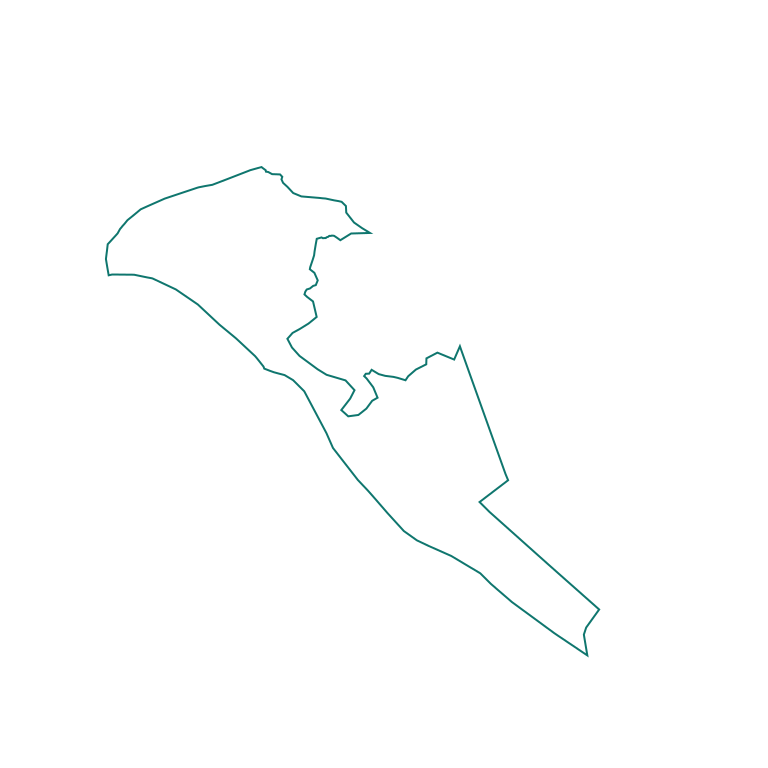 the district of Takum, Taraba, Nigeria, rotated 299°
{"feature_id": "59680162B27926848768432", "entity_name": "Takum", "entity_type": "district", "adm_level": 2, "iso_a3": "NGA", "parent_name": "Nigeria", "parent_adm1": "Taraba", "projection": "equal_earth", "projection_center": [9.974, 7.054], "detail": "fine", "context": "isolated", "style": "outline", "palette": "teal", "viewbox_px": 768, "rotation_deg": 299, "n_neighbors": 0, "source": "geoboundaries", "source_scale": "gbopen_adm2", "svg_char_len": 2375}
<svg xmlns="http://www.w3.org/2000/svg" viewBox="0 0 768 768"><g transform="rotate(299 384 384)"><path d="M345.6,90.5L348.0,93.2L358.4,112.4L362.4,125.2L363.8,129.3L364.1,130.4L365.8,156.1L363.3,182.6L356.1,211.4L352.2,232.3L345.9,257.7L345.0,260.1L340.8,270.2L339.4,271.8L340.2,277.7L340.9,282.0L342.1,286.9L343.6,292.7L343.3,302.6L339.0,317.7L338.7,318.2L313.1,357.5L303.3,370.4L296.2,387.0L287.8,406.7L287.4,407.6L283.0,421.5L280.2,429.4L272.7,449.9L265.0,472.7L263.2,488.6L264.0,501.5L265.7,520.5L266.2,526.1L265.1,560.0L261.0,574.4L259.0,583.8L257.4,591.6L255.3,601.6L249.8,644.6L248.7,653.2L248.2,658.5L245.8,686.4L245.2,693.4L261.7,680.3L269.0,678.9L291.1,681.5L300.3,640.1L300.6,638.7L305.8,615.4L323.3,538.1L327.1,524.8L360.0,539.2L364.2,533.9L424.8,465.0L434.2,454.3L451.4,434.8L453.8,432.1L439.4,433.5L437.3,415.5L427.0,408.7L421.7,411.4L412.1,404.9L402.5,401.4L397.7,401.0L396.0,393.0L394.8,388.8L391.7,381.1L390.1,374.6L390.4,366.3L385.9,366.0L384.1,363.1L381.3,362.8L380.4,366.1L375.9,376.2L368.9,385.0L363.6,381.8L353.9,380.5L344.5,376.6L338.4,368.4L340.5,359.3L354.8,361.5L364.3,361.2L368.5,348.6L364.2,329.3L364.7,318.8L367.6,296.5L371.3,285.8L376.7,277.6L384.4,279.3L391.2,283.6L400.3,288.7L407.5,291.6L410.0,292.6L415.3,287.8L421.8,281.9L422.9,274.5L423.8,271.0L426.7,270.4L429.2,270.6L430.8,272.1L431.6,272.9L435.5,274.5L437.4,276.4L442.5,275.8L447.5,269.2L448.4,263.5L450.5,262.8L453.3,262.3L458.2,261.4L462.6,260.5L466.3,259.0L473.3,256.5L478.4,254.8L481.9,258.3L481.9,259.9L482.6,260.9L483.4,262.3L484.4,262.6L485.8,263.9L486.6,264.1L487.3,264.7L487.7,265.7L488.4,266.3L489.0,267.4L489.4,268.6L489.1,272.1L488.6,276.1L499.7,282.3L509.3,298.5L509.7,289.2L510.7,279.5L515.6,267.9L521.2,264.4L522.8,258.6L521.9,255.5L520.5,251.5L517.9,243.0L516.5,239.9L515.6,237.7L508.0,220.8L507.0,212.0L509.6,204.0L511.0,198.2L513.3,195.1L515.9,194.6L516.9,191.5L515.6,188.9L513.3,184.4L513.3,180.0L512.5,177.8L513.6,176.9L514.3,171.6L506.1,163.3L504.5,162.0L486.4,146.9L475.0,137.3L470.5,131.7L466.2,126.6L465.1,125.5L459.2,120.1L454.2,115.5L453.0,114.4L447.0,108.9L439.8,102.3L434.5,98.3L428.7,93.9L424.2,90.5L418.8,86.5L412.1,83.9L402.9,80.2L398.4,79.4L394.9,78.6L394.0,78.5L391.6,78.0L386.6,78.0L383.5,77.3L380.6,76.6L375.9,75.5L372.3,74.6L370.6,75.3L366.5,77.0L363.7,78.1L358.5,80.2L351.8,85.5L345.6,90.5Z" fill="none" stroke="#0f766e" stroke-width="2"/></g></svg>